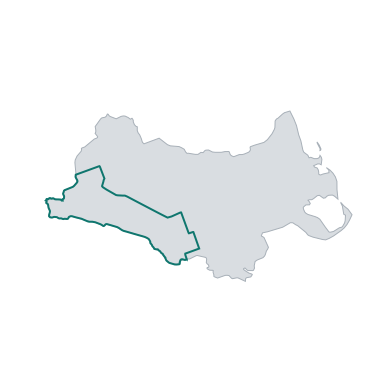 Chardzhou on a map of Turkmenistan (Equal Earth projection), rotated 160°
{"feature_id": "TKM-359", "entity_name": "Chardzhou", "entity_type": "Province", "adm_level": 1, "iso_a3": "TKM", "parent_name": "Turkmenistan", "parent_adm1": "", "projection": "equal_earth", "projection_center": [63.989, 39.075], "detail": "fine", "context": "in_parent", "style": "outline", "palette": "teal", "viewbox_px": 384, "rotation_deg": 160, "n_neighbors": 0, "source": "natural_earth", "source_scale": "10m", "svg_char_len": 6487}
<svg xmlns="http://www.w3.org/2000/svg" viewBox="0 0 384 384"><g transform="rotate(160 192 192)"><path d="M118.8,127.9L134.8,128.8L139.7,129.5L141.8,127.2L141.7,126.6L141.0,126.1L139.9,124.5L139.1,113.9L140.6,112.3L142.2,111.2L144.7,107.9L145.9,106.9L147.8,106.0L153.9,105.8L156.5,105.1L158.8,101.3L159.3,99.1L161.0,97.4L161.9,97.4L166.0,98.9L166.9,99.7L168.2,102.5L169.8,102.3L170.0,101.8L169.8,101.2L168.7,99.5L166.2,96.3L163.8,94.4L163.6,93.7L165.8,92.1L170.1,92.8L171.2,92.3L172.4,89.8L178.0,95.4L179.0,96.0L183.6,96.7L184.4,97.5L185.8,100.8L187.4,101.7L189.3,102.3L197.4,102.4L199.9,104.6L200.3,105.1L199.8,106.7L199.6,109.6L198.9,110.8L199.3,111.3L202.2,112.5L203.9,114.5L204.0,115.3L203.5,115.8L202.2,115.6L201.5,116.4L201.5,118.0L202.4,119.4L202.7,120.8L201.2,123.9L201.2,125.2L201.6,125.9L208.9,130.6L210.0,130.7L217.2,129.9L218.5,130.4L224.7,131.4L226.4,131.3L227.6,129.8L228.8,129.2L229.9,129.1L232.8,130.1L235.9,132.1L238.0,134.0L239.0,135.6L241.7,144.8L243.6,148.6L245.8,150.5L247.3,154.1L248.6,162.0L249.5,163.6L252.8,166.8L270.2,179.6L275.4,185.4L283.6,191.0L286.6,190.4L293.0,196.3L297.0,198.6L302.3,202.2L313.3,210.3L315.7,210.6L318.3,209.5L320.7,210.1L324.8,212.2L329.3,215.4L333.1,216.4L334.2,217.8L334.3,218.6L332.2,222.5L331.9,227.6L332.2,234.4L331.2,234.5L323.7,232.6L316.6,228.4L314.9,229.8L314.1,231.2L312.3,237.1L302.7,237.4L297.1,240.3L292.0,259.6L290.8,262.0L287.7,265.1L282.2,268.2L281.3,269.5L281.1,270.6L280.4,271.0L277.4,271.0L265.7,275.2L263.2,275.2L262.1,275.6L261.7,276.3L263.0,280.2L261.9,281.3L261.2,283.2L260.6,286.6L252.9,291.9L251.3,292.5L248.2,292.0L246.6,292.5L244.9,294.2L244.2,293.7L243.8,292.0L243.0,290.9L238.2,286.7L232.7,287.3L230.7,287.0L229.0,286.3L226.5,283.8L225.0,281.5L223.2,281.8L222.8,280.7L222.7,279.4L223.2,277.9L223.1,275.0L222.2,272.9L221.1,272.0L222.4,268.6L222.4,266.1L221.6,263.4L221.4,259.5L221.6,255.6L220.6,253.7L204.5,253.8L198.9,244.9L196.6,242.8L188.6,239.1L186.5,237.0L184.7,234.8L184.3,231.8L183.5,230.0L182.2,229.7L176.0,226.2L173.5,225.3L170.1,226.2L168.1,225.2L165.7,226.5L164.7,226.6L162.1,225.8L159.1,222.6L156.5,221.3L151.0,219.3L147.1,218.7L143.7,217.5L143.3,217.0L143.3,214.3L142.9,213.2L141.9,211.9L140.6,210.9L134.7,211.0L132.0,210.0L129.9,209.8L125.2,210.0L123.7,210.7L122.7,211.6L122.1,214.2L121.6,214.6L117.0,214.6L107.4,214.0L103.2,215.4L96.8,219.4L93.1,222.8L92.0,224.3L89.6,230.3L88.6,231.1L87.3,231.8L86.1,231.9L80.2,234.3L78.0,234.9L72.3,234.6L71.3,225.7L71.1,218.7L72.2,209.0L72.2,202.8L73.5,193.4L73.3,191.1L70.6,187.0L70.3,184.1L68.5,184.0L65.7,181.5L63.0,180.6L61.5,180.6L60.2,181.2L59.2,182.6L58.6,180.4L58.8,178.2L61.3,173.4L62.6,174.8L64.3,175.4L68.7,175.1L68.3,173.5L66.2,171.8L65.8,169.7L66.1,167.5L66.8,165.4L66.2,164.6L65.2,164.0L62.8,164.1L56.7,163.3L55.9,165.8L57.4,169.0L54.8,165.3L53.1,161.5L52.1,157.1L52.2,152.4L54.9,144.8L57.3,135.4L59.5,139.3L61.1,141.1L64.8,142.2L66.7,141.9L68.7,140.9L70.6,141.2L73.4,145.3L75.5,145.7L80.0,144.2L82.1,143.8L83.9,144.5L85.8,144.6L85.1,142.7L84.8,140.8L86.0,139.8L89.4,140.9L92.3,139.8L92.8,139.3L93.1,137.7L92.9,134.6L92.3,133.2L90.8,131.3L84.8,126.8L82.8,125.0L81.2,122.7L78.8,113.6L77.0,107.7L76.1,107.0L72.6,106.5L65.7,108.0L63.3,107.7L62.1,108.3L59.2,110.7L57.8,112.8L55.7,117.7L57.0,119.2L55.5,127.4L55.9,130.9L55.7,131.1L53.9,126.8L51.3,122.5L49.4,115.9L53.7,111.6L57.4,108.5L61.2,106.2L65.2,104.7L74.0,102.3L78.9,101.5L82.8,101.3L85.7,102.8L93.6,108.1L97.0,111.0L97.9,112.2L98.8,115.1L104.3,124.3L105.7,125.7L107.8,128.6L110.0,129.5L118.8,127.9ZM57.6,195.0L57.4,196.3L56.4,192.5L56.1,188.3L56.9,187.2L57.6,187.2L56.8,188.7L57.6,195.0Z" fill="#d9dde1" stroke="#a8b0b8" stroke-width="1"/><path d="M325.1,233.7L324.8,233.7L324.4,233.4L324.1,233.1L323.5,232.3L323.1,231.9L318.5,230.1L318.1,229.8L317.9,229.6L317.7,229.4L317.4,228.5L317.2,228.4L316.8,228.3L316.5,228.2L316.5,228.6L316.3,229.3L316.1,229.5L315.2,229.5L314.9,229.6L314.6,229.8L314.4,230.0L314.2,230.5L313.9,231.0L313.7,231.6L313.6,232.2L313.8,233.4L313.8,234.0L313.7,234.5L313.5,234.9L312.9,235.5L311.9,236.9L311.2,237.3L310.9,237.3L302.2,237.6L300.7,238.1L296.9,240.2L296.3,240.7L295.9,241.4L295.8,242.5L296.2,244.5L296.3,245.6L296.1,246.5L295.3,248.0L290.5,248.0L286.3,248.0L280.5,248.0L275.6,248.0L270.7,248.0L270.1,247.9L269.9,247.1L269.7,234.6L270.5,233.8L270.9,233.4L271.7,232.1L274.5,228.3L274.2,227.1L271.5,223.5L264.4,215.1L263.0,214.3L258.3,212.3L256.2,211.5L254.4,209.8L247.9,202.6L231.3,184.4L227.5,180.3L224.4,177.0L223.7,176.3L219.6,176.0L210.2,176.7L209.3,176.6L209.2,176.4L209.2,171.5L209.2,163.0L209.2,154.9L209.1,154.6L209.1,154.3L208.8,154.2L204.8,154.1L204.5,154.0L204.4,153.9L204.4,153.6L204.6,136.4L219.4,136.4L219.6,135.8L219.8,135.4L219.9,130.9L219.9,130.4L220.0,130.2L220.2,130.5L220.3,130.7L221.5,130.5L221.8,130.5L223.9,132.0L224.7,132.3L225.5,132.3L226.2,131.9L226.7,131.3L227.1,130.5L227.6,130.2L227.8,129.3L228.1,128.7L228.6,128.5L229.3,128.6L231.3,129.1L233.0,129.8L237.5,133.1L237.9,133.6L239.3,136.0L239.5,136.5L239.6,137.0L239.6,138.9L239.7,139.3L239.5,139.5L239.7,140.0L240.4,142.2L240.6,143.4L240.7,144.0L241.0,144.3L241.6,145.1L241.8,145.4L242.2,147.1L242.5,147.6L243.3,148.6L243.4,148.9L243.5,149.5L244.1,150.0L245.1,150.3L246.7,151.3L246.9,151.5L247.0,152.6L247.1,153.1L247.6,154.2L247.8,154.7L247.8,155.2L247.8,155.9L247.9,156.4L248.5,157.8L248.6,158.4L248.5,158.9L248.3,159.3L248.2,159.9L248.3,160.5L248.6,162.0L248.8,162.7L250.3,164.6L250.5,164.7L251.7,165.9L254.0,167.6L256.8,169.6L260.1,172.0L266.8,176.9L269.6,178.9L270.9,180.2L273.1,183.3L274.3,184.6L276.6,186.3L279.4,188.4L282.7,190.8L283.3,191.1L283.9,191.2L284.4,191.1L286.0,190.3L286.6,190.2L287.1,190.5L287.7,191.4L288.9,192.9L293.2,196.6L295.9,198.2L298.9,199.3L300.2,200.2L303.0,202.8L304.9,204.6L307.7,206.5L309.8,207.9L313.1,210.3L314.5,210.8L315.9,210.7L316.5,210.4L317.4,209.5L318.0,209.3L318.7,209.4L320.8,210.4L322.2,210.6L322.7,210.9L324.0,212.0L325.4,212.4L326.0,212.7L326.6,213.3L327.6,214.6L329.7,215.6L330.3,215.8L331.9,215.8L332.7,216.0L333.4,216.4L334.1,216.9L334.4,217.6L334.6,218.2L333.9,219.7L332.7,221.3L332.0,222.6L332.0,223.7L332.2,225.8L332.1,226.9L331.7,228.7L331.6,229.7L331.9,230.5L332.3,230.8L332.6,231.2L332.7,231.7L332.4,232.2L332.0,232.6L331.7,233.1L331.7,233.6L332.2,234.0L331.8,234.2L331.5,234.6L331.2,234.9L331.0,235.1L330.8,235.1L330.5,235.0L330.2,234.5L330.0,234.4L329.5,234.5L328.1,235.0L327.6,234.9L327.1,234.6L326.8,234.2L326.6,234.1L326.3,234.0L326.0,233.7L325.8,233.7L325.1,233.7Z" fill="none" stroke="#0f766e" stroke-width="2"/></g></svg>